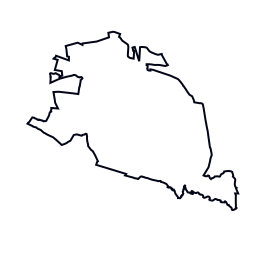 outline of Temascalcingo, México, Mexico, rotated 171°
{"feature_id": "50627088B73169899113331", "entity_name": "Temascalcingo", "entity_type": "district", "adm_level": 2, "iso_a3": "MEX", "parent_name": "Mexico", "parent_adm1": "México", "projection": "mercator", "projection_center": [-100.025, 19.931], "detail": "fine", "context": "isolated", "style": "outline", "palette": "ink", "viewbox_px": 256, "rotation_deg": 171, "n_neighbors": 0, "source": "geoboundaries", "source_scale": "gbopen_adm2", "svg_char_len": 5551}
<svg xmlns="http://www.w3.org/2000/svg" viewBox="0 0 256 256"><g transform="rotate(171 128 128)"><path d="M89.6,51.0L88.9,51.0L87.6,50.5L86.3,51.5L86.4,52.1L86.3,52.3L85.4,52.6L85.4,53.0L85.3,53.3L85.0,53.4L84.6,53.2L83.6,54.7L83.8,55.2L83.9,56.5L83.2,57.3L83.0,58.6L82.5,58.7L82.4,58.8L81.8,61.6L81.4,61.8L80.8,62.3L80.5,62.0L80.5,61.9L81.3,61.0L80.5,59.8L80.6,58.7L80.3,58.0L79.6,56.6L79.3,55.6L79.0,55.1L77.9,54.8L77.2,54.5L76.9,54.3L76.5,53.7L76.2,53.5L74.7,52.7L74.2,52.8L74.0,53.0L74.1,53.3L74.4,53.8L75.2,54.9L75.3,55.4L75.0,55.7L74.8,55.8L74.1,55.4L73.5,54.5L73.1,54.2L71.4,53.2L70.5,53.1L69.6,53.5L68.5,53.1L68.3,52.8L68.1,51.8L67.2,51.3L67.0,50.9L66.6,50.9L65.9,50.7L64.9,50.1L64.6,49.7L64.4,49.3L64.4,48.9L64.6,48.0L64.2,47.5L63.7,47.2L63.3,47.1L61.3,47.5L60.5,47.8L59.6,47.8L59.0,47.6L58.7,47.3L58.3,46.8L58.2,46.4L58.1,45.9L58.2,45.6L58.9,44.5L58.8,44.2L57.7,43.6L56.1,43.1L55.7,43.1L53.5,44.0L53.0,44.3L51.6,43.8L51.0,43.0L49.0,42.5L48.0,42.0L47.8,41.7L47.8,41.4L48.1,40.7L47.8,40.3L47.5,40.1L47.1,40.0L45.2,39.7L44.6,39.4L43.9,40.0L43.6,40.4L43.4,40.3L42.7,39.5L42.2,38.0L41.8,36.6L41.3,36.3L40.5,36.2L40.5,35.5L38.4,33.2L38.1,32.2L38.2,31.1L38.0,30.9L37.8,30.7L37.5,30.6L36.6,30.6L35.8,30.8L34.8,31.3L34.7,31.2L33.6,31.6L33.3,32.0L33.9,32.8L33.4,35.2L33.3,36.7L32.6,41.3L32.0,44.5L32.4,46.6L29.4,46.1L30.8,51.5L30.7,51.7L30.2,51.9L30.8,52.5L31.3,53.8L31.4,54.9L31.2,56.6L30.1,60.1L30.3,61.2L32.0,63.6L31.6,64.3L31.6,65.7L32.0,68.3L33.0,69.1L35.7,69.9L39.8,70.0L40.2,69.1L41.1,68.3L41.6,68.3L43.0,67.8L43.6,67.3L44.8,65.7L45.6,65.7L47.2,66.3L50.0,66.5L50.6,65.8L52.2,65.2L53.4,65.2L54.0,64.6L54.8,65.5L55.2,66.5L55.4,67.6L55.5,68.1L56.0,68.2L56.4,68.6L57.5,68.0L59.1,68.3L60.2,68.9L60.8,69.3L54.6,76.6L52.2,82.3L51.6,84.1L51.1,85.3L49.5,88.2L49.5,91.0L49.6,93.0L49.7,95.2L49.8,95.6L50.1,95.9L50.1,96.1L49.8,113.1L50.0,116.2L50.2,124.0L50.2,135.7L50.4,139.8L50.8,140.4L52.1,141.1L53.1,141.2L58.5,143.0L58.7,145.5L59.7,149.3L62.1,151.3L64.3,155.8L64.7,157.0L65.7,158.9L66.6,160.9L66.8,160.9L67.5,162.8L68.4,164.4L68.4,164.5L70.8,168.4L77.8,173.0L93.9,181.4L96.7,182.4L96.9,181.2L98.6,181.6L99.6,182.3L99.6,182.7L99.4,183.4L99.7,183.8L99.0,185.1L99.0,186.3L98.9,186.8L99.8,187.1L99.6,188.1L96.8,187.6L94.5,187.0L93.1,186.5L92.3,186.2L91.1,186.0L87.7,185.5L86.7,185.2L81.8,183.5L81.0,183.4L78.8,183.9L79.0,184.6L79.5,184.7L83.2,195.0L83.0,195.5L83.1,195.9L86.4,195.6L87.4,195.8L89.3,196.7L93.3,199.2L94.4,200.1L95.0,200.8L96.6,203.8L96.9,204.3L97.5,204.7L98.0,204.9L101.2,205.8L102.1,205.9L103.5,205.9L104.4,201.5L105.1,198.4L106.5,192.2L108.7,207.0L109.0,207.0L111.0,206.7L110.7,203.3L110.1,203.2L110.2,202.1L110.8,198.9L111.6,195.6L115.3,197.0L116.8,198.6L116.8,199.6L116.7,200.4L115.0,207.8L115.0,209.9L115.2,210.4L115.9,211.2L120.0,215.2L121.5,218.2L122.0,218.9L122.6,219.4L121.1,222.1L126.2,224.9L127.2,225.2L127.9,225.4L132.5,225.1L132.6,220.5L145.4,218.3L159.7,218.6L160.0,217.2L164.0,219.9L164.6,220.1L176.7,218.7L176.5,215.5L176.9,208.3L175.2,207.6L175.8,204.0L187.7,210.6L187.9,210.1L188.3,209.5L189.7,208.8L190.6,208.1L186.8,206.3L191.2,196.8L184.5,194.5L184.7,190.1L185.1,190.0L186.2,189.8L187.1,189.0L187.6,188.9L187.8,189.0L187.5,189.7L187.4,190.3L187.4,190.5L187.6,190.9L188.1,191.5L189.0,191.9L190.4,193.2L191.2,193.5L191.8,193.1L193.0,193.1L195.0,194.0L195.6,194.2L196.1,194.2L196.4,194.0L196.5,193.5L196.4,192.0L196.5,191.5L196.7,189.7L196.5,190.3L196.4,190.3L197.6,184.7L188.1,187.3L180.9,188.2L174.9,188.5L173.3,188.9L172.6,188.8L171.5,188.3L171.0,187.9L170.3,187.0L169.7,186.5L169.5,186.3L169.2,186.1L168.8,186.0L168.1,185.8L167.9,185.5L167.5,185.5L167.0,185.6L166.6,185.7L165.9,185.5L165.4,184.8L165.2,184.3L165.3,184.1L165.7,183.7L166.5,183.2L167.3,182.6L167.4,181.9L169.3,176.3L169.6,176.2L170.7,172.8L171.3,170.7L171.8,169.3L176.8,170.8L190.6,174.6L196.0,175.2L195.9,166.5L196.0,164.4L194.1,158.2L200.6,159.8L200.8,158.7L200.8,158.2L201.6,157.0L201.3,156.2L202.8,155.6L204.1,152.6L207.0,148.7L207.7,147.8L208.6,147.7L209.6,147.9L210.2,147.8L210.7,148.1L210.8,148.3L211.1,148.4L211.2,148.6L211.8,148.8L212.0,149.1L212.5,149.2L213.5,149.6L213.8,149.9L214.2,149.9L214.3,150.0L214.6,149.9L214.8,150.1L215.0,149.9L215.3,150.0L216.2,150.4L216.6,151.0L217.3,151.5L218.0,151.8L218.9,152.7L220.7,153.4L220.9,153.4L224.5,149.5L225.8,148.8L226.6,148.0L221.8,144.7L221.5,144.2L218.7,143.0L217.2,141.4L216.8,141.0L216.0,140.7L215.1,140.1L214.9,139.9L214.7,139.7L214.3,139.5L214.0,139.2L213.4,138.3L211.9,136.5L210.7,135.8L210.0,135.1L208.2,133.7L203.4,130.5L200.5,127.2L196.1,121.6L195.7,121.7L193.3,122.1L191.8,122.5L190.5,123.0L189.7,123.5L186.9,124.4L182.6,129.6L179.5,129.7L174.9,127.6L174.1,128.3L172.0,128.3L170.9,128.9L169.9,128.6L169.7,126.1L170.0,125.1L170.2,123.5L170.3,121.0L170.0,117.9L170.2,116.4L168.0,112.3L166.5,110.7L166.2,110.1L164.7,106.0L162.9,99.8L163.7,99.5L165.2,96.6L137.0,82.9L138.3,81.6L132.9,79.2L130.6,78.2L129.6,77.5L128.5,77.2L128.1,76.9L127.7,76.9L127.5,76.7L127.1,76.6L126.8,76.5L126.6,76.3L126.0,76.1L125.8,76.4L125.4,76.4L124.5,77.1L123.6,77.7L123.2,78.0L122.7,78.0L122.1,78.0L121.8,77.9L121.5,77.8L121.5,77.6L120.4,77.1L120.0,77.1L119.5,76.8L118.3,76.0L117.1,75.7L116.0,75.2L115.5,74.8L112.6,73.3L111.2,72.7L108.4,71.7L106.7,70.8L104.1,70.6L103.9,70.4L103.8,69.5L102.1,68.9L99.0,66.9L98.6,66.3L97.6,64.5L98.2,63.4L97.5,62.9L96.9,62.7L96.5,63.2L95.7,62.6L95.5,62.8L95.0,62.5L94.6,61.8L94.4,61.8L94.0,61.4L94.5,60.9L94.1,60.5L93.9,60.2L94.0,60.0L93.6,59.6L93.4,59.7L92.8,59.2L92.3,59.7L91.8,58.7L91.4,55.6L89.6,52.2L89.5,51.8L89.6,51.0Z" fill="none" stroke="#020617" stroke-width="2"/></g></svg>